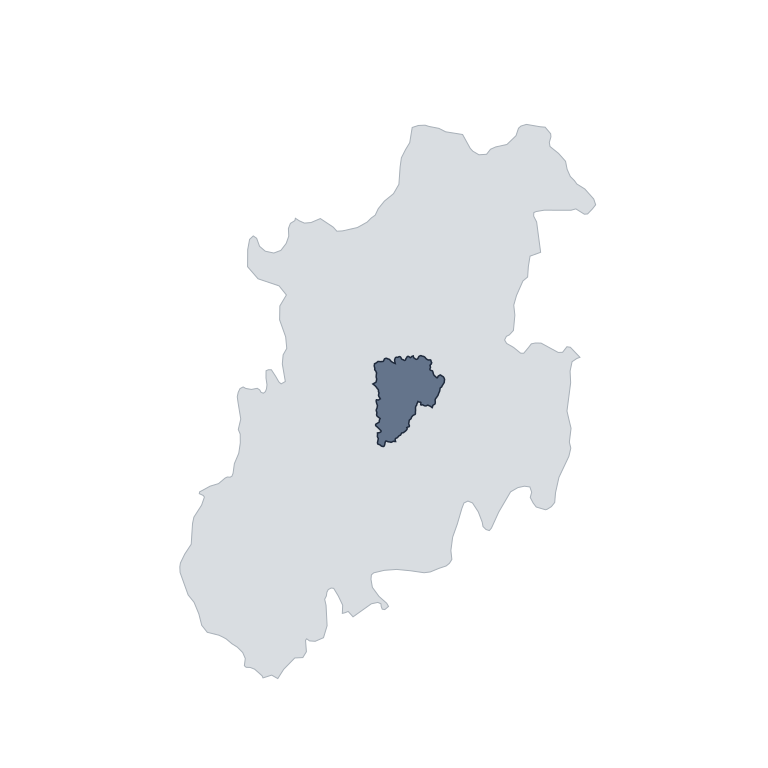 Šumadijski highlighted on a map of Republic of Serbia, rotated 244°
{"feature_id": "SRB-839", "entity_name": "Šumadijski", "entity_type": "District", "adm_level": 1, "iso_a3": "SRB", "parent_name": "Republic of Serbia", "parent_adm1": "", "projection": "equal_earth", "projection_center": [20.746, 44.097], "detail": "fine", "context": "in_parent", "style": "filled", "palette": "slate", "viewbox_px": 768, "rotation_deg": 244, "n_neighbors": 0, "source": "natural_earth", "source_scale": "10m", "svg_char_len": 9269}
<svg xmlns="http://www.w3.org/2000/svg" viewBox="0 0 768 768"><g transform="rotate(244 384 384)"><path d="M429.5,296.4L446.6,301.4L454.4,306.1L458.6,312.2L469.5,316.3L487.4,318.3L499.8,324.6L506.8,335.3L518.2,332.7L533.8,316.9L549.2,312.8L564.5,320.4L572.9,326.6L574.4,331.4L570.8,333.4L562.3,332.5L555.4,335.5L550.0,342.4L549.3,349.9L553.2,357.7L558.6,363.2L565.6,366.2L569.4,370.3L569.9,375.5L571.8,377.0L567.8,379.4L563.5,383.0L561.1,389.2L560.6,399.3L547.1,407.2L542.0,408.6L539.8,413.8L536.3,428.6L536.9,439.8L538.8,445.4L539.6,450.1L544.1,455.7L548.2,464.5L550.9,476.0L556.9,484.9L572.1,493.7L579.7,498.8L585.3,506.2L589.6,512.9L602.2,521.8L601.3,528.2L598.6,534.4L595.8,537.3L589.7,545.4L583.7,549.9L573.8,564.0L558.0,564.8L554.3,565.9L548.4,569.8L545.5,576.9L548.3,582.6L548.1,588.3L545.4,599.5L549.3,611.5L554.9,617.0L555.8,620.1L554.9,625.8L546.7,637.2L544.2,641.4L535.9,643.5L533.0,642.4L528.7,638.5L524.7,637.3L514.7,642.0L504.6,644.8L496.7,642.7L488.8,642.4L483.3,644.3L479.2,645.0L471.2,650.0L458.3,653.6L452.3,652.8L450.0,648.1L447.6,641.5L448.8,638.5L457.3,633.2L458.2,628.2L470.0,604.2L472.3,596.4L472.4,593.8L469.3,592.1L462.7,592.2L433.7,582.5L434.9,571.3L426.4,565.3L417.2,560.0L415.7,554.0L405.5,541.9L398.0,535.2L388.5,531.8L380.3,526.8L375.4,523.8L373.2,518.2L373.2,514.9L370.7,511.7L366.7,512.0L360.1,516.5L351.8,520.3L350.4,523.1L353.4,529.8L355.5,534.0L354.5,538.0L351.9,543.1L336.0,554.4L334.2,558.4L337.3,564.7L335.3,567.6L322.1,571.8L322.4,568.4L321.6,562.8L314.0,556.9L303.3,552.3L279.5,536.6L270.4,534.5L262.2,532.7L250.5,525.1L244.5,523.8L237.9,518.4L223.4,500.3L211.1,490.5L202.7,485.5L200.4,480.7L199.9,475.7L200.2,474.0L206.7,466.9L211.6,465.9L217.9,465.7L222.0,469.3L227.5,470.0L230.6,465.4L232.2,458.9L231.6,450.5L218.6,431.0L207.4,417.4L206.1,414.4L208.5,411.9L212.5,410.5L216.7,411.7L227.7,412.7L238.3,411.4L242.0,408.1L242.0,403.7L238.1,399.5L225.9,388.4L216.3,378.6L205.0,371.1L196.6,368.1L194.2,364.3L193.2,360.2L194.2,352.7L194.8,343.2L196.8,337.3L204.5,326.0L211.8,314.1L216.4,302.6L218.8,292.0L218.0,289.0L214.2,286.7L206.3,284.4L195.2,286.4L185.8,290.3L182.1,290.6L180.9,285.8L182.4,283.7L185.4,284.0L187.8,284.9L190.4,282.7L192.0,276.3L188.3,254.1L195.3,252.1L195.5,248.8L196.1,246.0L203.3,249.9L213.5,250.0L222.4,249.2L223.8,247.0L223.7,243.8L221.9,241.4L218.8,239.3L216.5,236.3L210.5,234.9L191.7,226.9L182.5,218.4L182.9,209.4L185.7,204.5L188.9,202.8L188.0,201.1L177.4,196.9L173.7,191.1L176.9,183.7L171.5,168.7L165.8,159.4L171.6,155.4L172.4,149.7L172.9,146.4L175.2,146.5L184.4,142.7L187.8,139.6L189.8,135.9L192.0,135.0L198.1,139.0L204.6,139.3L211.8,136.8L217.3,133.4L223.9,130.5L226.8,128.5L230.6,125.5L238.3,116.3L247.0,114.4L258.5,116.8L271.0,117.6L280.3,115.5L304.0,118.1L309.1,120.3L312.4,122.6L318.5,130.4L324.5,140.5L332.8,145.2L342.6,150.8L347.7,154.8L355.1,167.0L361.1,173.0L363.0,172.7L365.0,171.1L366.4,169.9L367.9,171.0L368.0,174.7L368.4,182.9L367.0,191.6L369.1,199.9L369.1,202.4L367.7,204.8L367.8,206.9L369.9,209.2L378.0,214.6L385.4,223.1L394.0,229.0L402.0,232.8L407.0,233.1L415.3,239.9L431.6,244.8L436.8,246.5L440.4,249.3L443.0,252.6L443.1,256.1L440.6,257.8L437.2,262.5L435.7,268.2L433.1,269.7L430.5,269.8L428.6,271.5L429.1,274.0L431.2,276.3L434.6,278.5L441.2,280.6L447.6,283.8L447.5,286.3L446.2,289.0L438.1,290.0L432.0,290.4L429.2,291.6L429.5,296.4Z" fill="#d9dde1" stroke="#a8b0b8" stroke-width="1"/><path d="M362.7,440.6L361.9,440.5L361.4,440.4L361.1,440.2L360.5,439.7L360.2,439.5L359.4,439.1L359.0,438.8L358.8,438.6L358.5,438.0L357.5,436.5L357.1,435.7L356.7,435.3L356.2,434.7L356.0,434.3L356.0,434.0L356.0,433.4L355.9,433.1L355.7,432.7L355.2,432.3L353.9,431.4L353.3,431.0L352.9,430.6L352.2,429.7L351.6,429.0L350.1,427.5L349.9,427.2L349.6,426.5L348.8,425.3L348.5,424.5L348.2,424.0L347.7,423.3L347.2,423.0L346.9,422.8L346.4,422.6L345.8,422.4L345.3,422.2L344.5,421.7L343.9,421.3L343.7,421.0L343.6,420.7L343.5,419.2L343.4,418.7L343.1,418.3L342.7,418.0L342.2,417.6L341.8,417.2L341.6,416.9L343.3,416.1L343.6,415.9L344.6,415.1L345.5,414.4L345.7,414.2L345.9,413.9L345.9,413.6L345.9,413.4L345.9,413.0L345.8,412.7L345.9,412.4L346.1,411.7L346.5,411.1L346.8,410.7L347.4,410.3L348.2,409.7L348.5,409.4L348.6,409.2L348.7,408.4L348.8,408.2L349.2,408.0L349.3,407.9L349.5,408.0L350.6,408.7L350.9,408.9L351.2,409.0L351.4,409.0L351.6,408.9L351.7,408.7L352.0,408.2L352.4,407.7L352.9,407.2L353.4,406.9L351.9,405.1L351.7,404.8L351.0,404.3L350.7,404.1L350.5,403.8L350.3,403.2L350.1,403.0L349.9,402.7L349.3,402.2L349.0,402.0L348.4,401.7L346.4,400.8L345.8,400.4L345.0,399.9L343.9,399.4L343.5,399.2L343.3,399.0L343.1,398.8L343.0,398.4L343.1,397.1L343.0,396.3L342.9,395.9L342.6,395.2L342.3,394.5L341.9,394.0L341.0,393.1L340.9,392.8L340.8,392.6L340.6,391.4L340.5,391.1L340.3,390.8L339.5,390.2L338.8,389.8L337.9,389.0L337.7,388.9L337.0,388.7L335.6,388.6L335.1,388.4L334.9,388.2L334.7,387.9L334.6,387.7L334.7,387.3L334.9,386.3L334.9,385.9L334.9,385.6L334.9,385.4L334.3,385.4L333.9,385.3L333.6,385.2L333.4,385.0L333.2,384.8L332.8,384.1L332.6,383.6L332.4,383.1L332.1,382.0L332.0,381.1L331.7,380.3L331.8,379.9L332.2,378.7L332.2,378.4L332.1,378.2L331.2,377.0L330.8,376.4L330.9,375.6L330.9,375.0L330.8,374.7L330.5,373.9L330.1,373.0L329.9,372.5L329.9,371.9L330.0,370.9L330.0,370.6L329.8,370.2L329.6,370.0L329.0,369.6L328.4,369.4L327.2,369.2L327.3,369.0L327.6,368.4L328.1,367.8L328.3,367.6L328.4,367.3L328.4,367.0L328.4,365.7L328.4,365.2L328.5,364.7L328.8,364.4L329.3,363.9L330.4,362.2L330.8,361.9L331.7,361.1L331.8,360.9L331.9,360.7L331.8,360.4L331.7,360.2L330.7,359.1L329.7,358.5L328.3,357.2L328.2,357.0L328.1,356.6L328.0,356.3L328.0,356.2L328.3,355.7L328.7,355.1L329.2,354.6L329.4,354.4L329.8,354.2L330.5,354.0L330.9,353.8L332.8,352.1L333.8,352.3L334.3,352.5L335.4,353.4L336.5,354.2L337.2,354.9L337.4,354.9L337.6,355.0L338.7,354.9L339.6,355.0L339.9,355.1L341.2,355.9L342.9,356.7L342.4,358.1L342.3,358.5L342.3,359.4L342.3,359.8L342.4,360.1L342.5,360.4L342.6,360.5L343.0,360.8L343.5,360.8L343.8,360.7L344.5,360.4L345.8,360.0L346.6,359.7L348.3,359.1L349.5,358.5L349.9,358.4L350.2,358.3L350.7,358.4L351.1,358.6L351.4,359.0L351.5,359.2L351.6,359.6L351.6,360.8L351.8,361.9L351.8,362.5L351.8,362.8L351.9,363.0L352.1,363.2L352.4,363.4L353.1,363.7L353.3,363.8L353.8,364.3L354.7,365.4L356.2,364.6L357.7,363.9L358.4,363.7L358.7,363.6L359.0,363.7L359.5,363.8L359.9,364.0L360.8,364.7L361.1,364.9L361.4,365.0L362.0,365.2L363.3,365.3L363.8,365.5L364.1,365.7L364.6,366.1L365.0,366.7L365.4,367.1L366.1,367.7L367.6,368.7L369.7,368.9L371.2,369.2L371.6,369.3L372.3,369.6L372.6,369.8L372.9,369.9L373.0,370.1L373.1,370.4L373.0,370.6L372.8,370.9L372.3,371.4L372.1,371.7L372.1,371.9L372.0,372.2L372.2,373.0L372.3,373.4L372.3,374.2L373.6,374.1L375.1,373.9L375.8,374.0L376.3,374.1L376.7,374.4L377.3,374.8L377.8,375.3L378.2,375.6L378.7,375.7L379.1,375.6L379.7,375.7L380.2,375.9L380.8,376.3L381.3,376.4L381.6,376.4L381.9,376.3L382.7,376.0L384.7,375.7L385.6,375.4L386.4,375.2L388.9,374.0L389.0,375.7L389.1,377.2L389.2,377.5L389.3,377.8L389.5,378.0L390.2,378.5L390.9,379.1L391.3,379.4L392.0,379.7L393.3,379.9L393.9,380.1L396.1,381.4L397.2,382.2L398.2,382.2L399.0,382.3L399.3,382.3L400.4,382.0L400.8,381.9L401.1,382.0L401.3,382.1L401.9,382.5L402.3,382.7L404.1,383.0L404.7,383.2L405.2,383.5L405.8,384.1L406.4,384.4L406.3,385.6L406.6,387.4L406.9,388.5L405.4,391.0L405.4,391.3L405.3,391.5L404.9,392.4L404.8,392.7L404.7,393.0L404.8,393.4L404.9,393.7L405.1,393.9L406.4,395.5L406.3,396.9L406.1,397.4L405.8,397.8L404.8,398.5L404.3,399.2L404.1,399.4L403.4,399.8L402.3,400.1L401.3,400.3L400.4,400.8L398.9,401.8L397.5,403.1L400.5,403.8L400.9,404.0L401.2,404.2L402.4,405.5L402.6,405.8L402.7,406.1L402.7,406.4L402.6,406.7L402.6,407.0L402.1,407.8L401.9,408.1L401.9,408.4L402.0,409.1L401.9,409.7L401.7,410.1L401.5,410.3L401.3,410.5L401.2,410.6L400.7,410.7L400.4,410.8L399.0,410.7L398.6,410.8L398.3,411.0L397.4,411.9L396.7,412.3L396.4,412.5L396.2,412.7L396.1,413.0L396.1,413.3L396.1,413.5L396.2,413.8L396.3,414.0L397.1,414.7L397.3,415.0L397.4,415.3L397.7,415.8L398.2,416.5L398.3,416.7L398.4,416.9L398.4,417.2L398.4,417.5L398.2,417.9L398.0,418.1L397.3,418.6L396.3,419.0L396.1,419.2L396.1,419.3L396.1,419.5L396.5,421.0L396.6,421.3L396.5,421.9L396.4,422.6L395.4,422.3L394.8,422.3L394.5,422.3L394.2,422.4L393.6,422.8L392.5,423.3L392.1,423.7L391.9,424.0L391.8,424.5L392.0,425.5L392.3,425.9L392.7,426.4L393.4,427.4L393.5,427.8L393.5,428.1L393.5,428.9L393.5,429.2L393.3,429.6L393.1,429.9L392.5,430.3L391.5,431.6L390.9,432.1L389.9,432.6L389.6,432.7L388.7,432.8L388.2,433.0L387.2,433.5L386.6,434.0L386.2,434.3L386.0,434.7L385.8,435.2L385.5,436.0L385.4,436.2L385.2,436.4L385.0,436.5L384.6,436.5L383.9,436.3L383.5,436.2L382.1,436.2L381.7,435.5L381.3,435.3L381.2,435.1L381.1,434.9L381.1,434.5L381.0,434.2L380.9,434.0L380.6,433.8L380.6,433.5L379.0,433.2L378.4,433.0L378.2,432.8L377.8,432.2L377.5,431.9L377.3,431.8L377.0,431.7L376.8,431.6L376.5,431.7L376.3,431.7L375.9,431.9L375.5,432.3L374.9,433.0L374.7,433.2L374.5,433.3L374.1,433.3L372.6,433.1L371.4,432.8L370.1,432.8L369.4,432.9L368.1,433.6L366.9,433.9L366.7,434.0L366.4,434.2L366.3,434.4L366.2,434.7L366.3,435.0L367.2,435.9L367.3,436.1L367.4,436.4L367.4,437.3L367.5,438.3L367.5,438.5L367.4,438.7L367.3,438.8L367.1,438.9L366.4,439.2L364.9,440.2L364.3,440.5L363.5,440.6L362.7,440.6Z" fill="#64748b" stroke="#1e293b" stroke-width="1.5"/></g></svg>